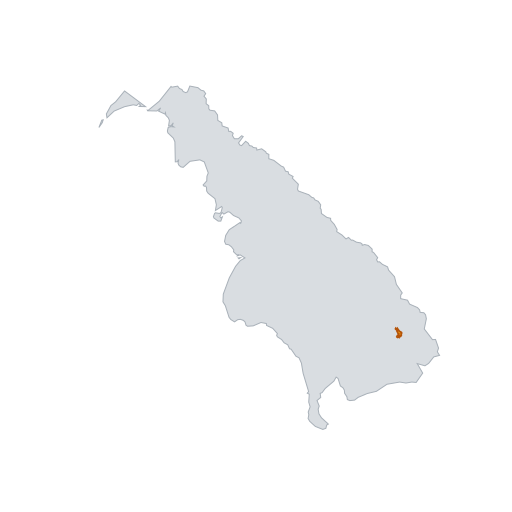 location of La Viña, Salta, Argentina, rotated 127°
{"feature_id": "61730980B12479001808037", "entity_name": "La Viña", "entity_type": "district", "adm_level": 2, "iso_a3": "ARG", "parent_name": "Argentina", "parent_adm1": "Salta", "projection": "natural_earth1", "projection_center": [-65.611, -25.526], "detail": "fine", "context": "in_parent", "style": "filled", "palette": "amber", "viewbox_px": 512, "rotation_deg": 127, "n_neighbors": 0, "source": "geoboundaries", "source_scale": "gbopen_adm2", "svg_char_len": 5598}
<svg xmlns="http://www.w3.org/2000/svg" viewBox="0 0 512 512"><g transform="rotate(127 256 256)"><path d="M314.2,155.3L311.4,160.4L312.0,163.8L309.3,171.8L309.9,173.4L307.8,177.2L308.4,181.3L307.3,185.3L307.7,190.3L306.9,191.8L305.1,192.2L303.7,199.1L305.1,205.8L303.7,207.1L306.1,212.0L313.5,216.2L317.2,220.5L317.3,222.3L315.3,225.0L315.0,227.3L316.0,230.4L317.9,232.3L321.5,233.5L321.9,237.8L321.2,240.6L314.2,250.5L312.5,254.8L306.1,259.2L289.4,264.2L276.5,266.1L269.1,265.8L264.2,263.7L264.6,269.3L267.0,270.9L265.7,271.0L266.7,272.0L266.1,276.6L264.5,277.4L263.4,281.2L263.4,284.5L264.8,287.2L263.3,289.9L257.7,292.6L251.1,293.2L238.9,288.9L239.4,288.2L238.7,287.9L236.7,288.8L235.9,292.6L237.2,298.3L236.8,303.3L237.5,305.0L241.9,306.9L241.6,308.9L243.1,309.1L246.3,308.6L246.7,307.0L245.0,306.4L249.3,305.1L250.9,307.2L251.0,312.4L250.2,313.7L246.9,314.7L245.9,314.4L244.0,310.8L242.4,310.1L237.7,312.0L237.1,313.2L244.1,315.8L238.9,318.5L234.9,323.3L234.7,332.0L233.8,334.5L231.0,336.8L230.5,338.4L231.5,339.4L231.1,341.0L225.7,340.5L221.8,343.2L218.4,344.1L212.0,353.9L213.0,358.7L220.1,365.7L229.0,367.5L230.1,369.8L229.8,372.6L228.7,374.2L225.4,375.7L228.2,375.7L229.4,377.1L213.6,389.5L211.6,393.0L210.7,400.5L209.5,402.0L206.2,403.5L204.0,401.9L202.3,399.2L202.4,401.4L199.4,402.2L203.0,402.3L204.7,404.1L199.8,406.8L198.4,409.2L197.9,412.6L196.0,414.6L197.5,414.2L198.9,420.9L195.1,421.3L199.8,422.4L205.3,430.0L204.9,430.6L204.7,429.8L190.6,426.4L171.7,425.9L171.9,424.9L167.5,420.8L168.3,417.9L167.6,415.4L168.5,413.2L167.8,410.4L166.1,409.5L160.1,411.1L156.5,403.7L156.7,399.7L155.6,397.1L156.6,393.9L159.7,393.7L160.5,390.2L164.4,387.5L164.4,384.2L166.8,382.3L167.3,380.6L165.0,376.3L166.5,371.6L170.7,368.1L170.2,363.5L172.5,361.3L170.6,355.3L172.9,352.7L171.7,351.3L171.7,348.1L174.0,347.3L175.4,343.8L173.0,340.7L168.6,339.8L168.3,338.1L176.2,338.0L177.1,335.5L176.6,334.0L170.6,333.3L170.6,329.9L171.8,327.7L170.7,325.5L171.0,323.5L169.4,320.5L170.9,319.1L167.0,316.0L166.9,310.9L167.7,309.6L167.1,306.9L170.6,304.3L168.9,299.4L169.0,289.9L168.4,287.4L170.5,283.5L169.4,281.0L170.9,279.0L170.2,274.2L172.0,273.8L173.2,265.4L177.7,263.0L178.6,261.3L175.3,250.7L175.6,246.7L174.9,244.9L175.7,242.6L174.9,239.2L176.2,235.1L179.2,233.5L179.5,232.1L182.7,229.3L182.5,222.6L181.0,219.1L182.6,217.8L183.6,212.6L186.0,207.2L188.0,206.2L187.5,200.0L188.2,194.4L185.5,193.3L186.0,189.3L185.1,188.4L184.5,184.1L182.6,180.4L182.5,178.7L183.5,177.6L181.5,176.2L180.0,172.7L180.3,169.6L180.6,167.4L182.8,165.8L182.4,164.3L184.1,157.8L186.4,157.5L187.5,155.2L186.3,153.9L186.6,150.0L185.5,144.4L187.5,141.6L189.2,132.9L194.2,126.8L197.5,117.0L200.2,116.9L203.0,114.8L200.1,108.4L202.0,104.4L200.0,96.0L200.6,92.9L202.2,91.0L200.3,87.8L200.9,85.2L203.6,82.2L213.0,77.7L216.6,64.7L214.6,62.4L219.7,54.8L223.4,53.5L224.9,49.6L229.6,53.3L237.9,53.5L242.0,55.0L244.9,62.5L249.2,52.4L260.6,52.0L262.9,55.7L267.2,59.8L270.2,65.4L279.6,74.2L291.6,78.4L298.9,84.4L307.5,89.4L311.7,90.5L315.0,94.0L315.7,96.6L313.7,98.7L312.3,102.6L309.9,104.8L308.9,107.3L309.0,110.4L304.4,116.8L304.5,119.1L309.1,118.5L320.1,121.0L325.4,121.0L327.1,122.1L330.0,119.2L334.7,120.3L337.8,115.2L340.9,114.2L344.2,110.7L345.8,106.4L346.7,97.1L348.5,97.8L351.6,96.5L354.3,98.3L356.4,106.1L355.7,113.6L354.4,116.6L351.0,118.3L349.2,120.4L343.9,122.0L340.9,126.0L334.3,130.3L334.7,132.5L332.6,132.4L321.3,147.8L314.2,155.3ZM203.3,460.3L203.2,434.1L206.9,439.3L205.1,438.9L204.6,441.4L207.6,441.9L209.1,445.0L215.8,450.8L225.6,456.5L235.3,458.2L232.6,461.0L223.1,462.4L217.4,460.9L203.3,460.3ZM239.2,460.0L242.1,459.0L247.9,458.8L240.3,460.9L239.2,460.0ZM268.5,267.9L268.3,269.1L266.6,267.3L268.5,267.9Z" fill="#d9dde1" stroke="#a8b0b8" stroke-width="1"/><path d="M234.9,92.6L234.7,92.7L234.4,92.7L234.2,92.6L233.9,92.6L233.7,92.5L233.7,92.4L233.6,92.2L233.4,92.1L233.3,92.3L233.2,92.3L232.9,92.3L232.7,92.3L232.4,92.4L232.4,92.5L232.2,92.4L232.1,92.5L231.9,92.5L231.8,92.4L231.7,92.3L231.7,92.2L231.5,92.3L231.4,92.4L231.4,92.5L231.4,92.8L231.1,92.9L230.9,93.0L230.7,93.3L230.5,93.2L230.4,93.2L230.2,93.1L230.1,93.3L230.1,93.5L229.9,93.7L229.9,93.9L229.7,93.9L229.6,93.7L229.4,93.7L229.4,93.8L229.5,93.9L229.4,94.0L229.4,94.3L229.4,94.6L229.5,94.6L229.6,94.8L229.5,95.0L229.6,95.3L229.6,95.5L229.7,95.8L229.8,95.9L229.8,96.0L229.9,96.3L229.9,96.5L229.8,96.8L229.8,97.0L229.7,97.0L229.7,97.3L229.7,97.5L229.7,97.8L229.7,98.0L229.4,98.0L229.3,97.9L229.3,98.0L229.2,98.0L228.9,98.3L228.9,98.5L228.9,98.8L228.9,99.0L228.9,99.3L228.8,99.5L228.7,99.6L229.4,99.7L229.4,100.0L229.4,100.4L229.4,100.5L229.4,100.9L229.4,101.0L229.6,100.9L229.8,100.8L230.0,100.9L230.3,100.9L230.4,100.7L230.4,100.4L230.4,100.2L230.5,100.2L230.5,99.9L230.5,99.7L230.5,99.3L230.5,99.2L230.4,99.1L230.5,99.0L230.4,99.0L230.5,98.9L230.4,98.9L230.5,98.7L230.6,98.3L230.7,98.2L230.8,98.1L230.9,97.9L231.0,97.8L231.3,97.7L231.5,97.5L231.6,97.4L231.7,97.2L231.8,97.2L232.0,96.9L232.0,96.7L232.2,96.4L232.3,96.3L232.3,96.2L232.5,96.0L232.5,95.9L232.6,95.7L232.7,95.4L232.7,95.2L232.8,95.1L232.7,95.1L232.8,95.0L232.7,94.9L232.8,94.9L233.0,94.6L233.1,94.4L233.2,94.1L233.3,93.8L233.4,93.7L233.6,93.5L234.2,93.6L234.2,93.8L234.1,94.0L234.1,94.3L234.1,94.5L234.1,94.8L234.1,95.1L234.2,95.3L234.3,95.3L234.5,95.3L234.8,95.2L235.0,95.2L235.3,95.2L235.6,95.0L235.8,95.0L235.8,94.9L236.0,94.7L236.0,94.4L236.0,94.2L235.9,94.0L235.9,93.9L235.9,93.7L235.7,93.6L235.4,93.5L235.2,93.4L235.0,93.5L234.9,93.5L234.7,93.5L234.7,93.3L234.8,93.3L234.8,93.1L234.7,93.0L234.7,92.9L234.8,92.9L234.9,92.7L234.9,92.6Z" fill="#f59e0b" stroke="#b45309" stroke-width="1.5"/></g></svg>